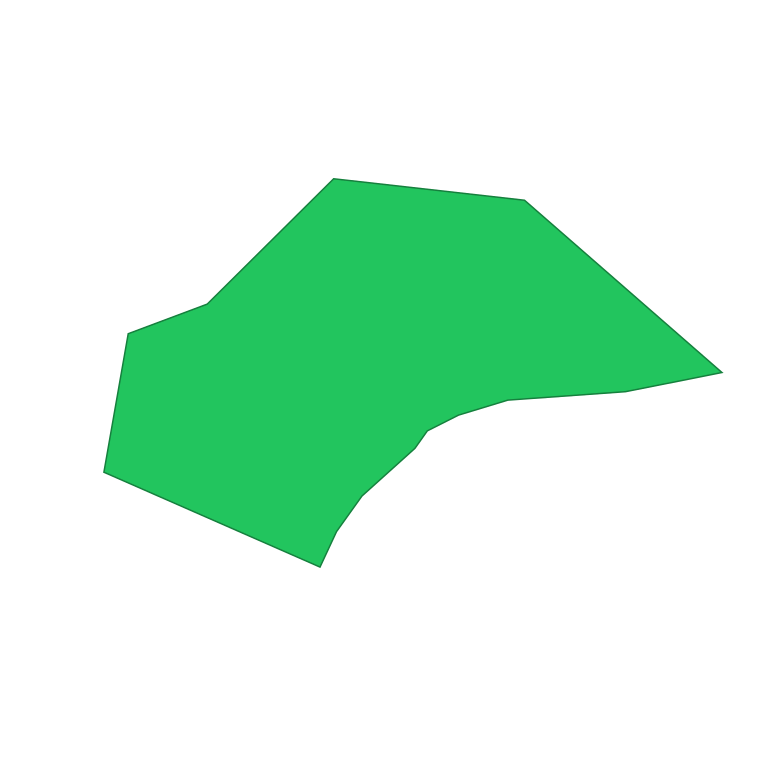 Waterford, orthographic projection, rotated 143°
{"feature_id": "IRL-5571", "entity_name": "Waterford", "entity_type": "City", "adm_level": 1, "iso_a3": "IRL", "parent_name": "Ireland", "parent_adm1": "", "projection": "orthographic", "projection_center": [-7.082, 52.239], "detail": "fine", "context": "isolated", "style": "filled", "palette": "green", "viewbox_px": 768, "rotation_deg": 143, "n_neighbors": 0, "source": "natural_earth", "source_scale": "10m", "svg_char_len": 351}
<svg xmlns="http://www.w3.org/2000/svg" viewBox="0 0 768 768"><g transform="rotate(143 384 384)"><path d="M107.2,189.8L195.7,232.5L294.8,296.6L343.2,314.3L377.6,320.5L398.0,314.0L469.0,307.8L510.7,294.7L545.3,276.3L660.8,482.1L558.0,578.1L477.1,554.2L300.7,578.2L161.2,446.2L107.2,189.8Z" fill="#22c55e" stroke="#15803d" stroke-width="1.5"/></g></svg>